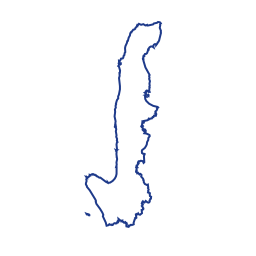 Puglia, Bari, Italy, rotated 245°
{"feature_id": "23120603B69806914684511", "entity_name": "Puglia", "entity_type": "district", "adm_level": 2, "iso_a3": "ITA", "parent_name": "Italy", "parent_adm1": "Bari", "projection": "natural_earth1", "projection_center": [17.16, 41.008], "detail": "fine", "context": "isolated", "style": "outline", "palette": "blue", "viewbox_px": 256, "rotation_deg": 245, "n_neighbors": 0, "source": "geoboundaries", "source_scale": "gbopen_adm2", "svg_char_len": 5816}
<svg xmlns="http://www.w3.org/2000/svg" viewBox="0 0 256 256"><g transform="rotate(245 128 128)"><path d="M39.7,93.0L42.6,95.7L43.0,97.2L43.5,96.9L43.7,97.8L46.4,98.6L46.5,99.2L46.0,99.4L45.7,100.0L46.3,101.1L45.3,101.2L44.3,102.2L44.9,104.7L47.9,105.7L47.7,106.6L48.3,107.2L48.1,107.6L48.7,108.0L51.3,107.6L51.3,108.1L52.1,108.3L52.3,109.0L53.8,108.6L55.1,110.0L55.3,110.5L53.6,110.9L53.5,111.5L54.4,113.2L52.4,114.2L51.7,115.1L51.7,115.9L52.3,116.7L53.2,116.9L54.0,118.3L54.4,118.4L54.4,119.0L55.9,119.9L57.0,119.1L58.8,119.7L59.6,120.3L61.1,118.9L61.9,119.7L62.5,119.6L63.5,120.7L65.2,120.7L65.5,121.2L68.3,122.1L68.3,121.1L70.2,119.6L72.2,119.4L73.6,120.0L74.5,119.8L74.8,120.2L75.8,120.2L78.4,119.4L79.7,120.4L81.2,119.9L81.5,119.2L81.2,118.7L82.7,118.2L82.9,117.5L83.4,117.9L83.8,117.2L84.5,117.4L84.8,116.8L85.2,116.9L85.9,117.9L86.3,117.7L87.3,118.7L89.0,118.7L89.3,119.4L89.0,119.8L90.1,119.7L90.4,120.0L90.2,120.5L91.2,122.3L91.6,121.9L92.5,122.4L93.3,123.4L93.3,123.9L92.7,124.1L92.9,125.8L92.6,126.2L91.7,127.4L89.8,127.4L90.1,128.3L95.9,130.6L97.3,132.1L98.0,131.5L98.2,130.8L99.4,130.1L101.3,130.8L102.0,131.4L102.8,134.8L104.1,136.8L105.2,138.1L107.1,139.3L108.7,141.4L110.3,142.2L111.5,144.3L112.6,144.5L113.6,143.7L115.3,142.2L116.3,140.6L116.9,141.5L117.4,141.6L117.2,142.4L118.2,143.0L118.5,142.9L118.0,142.5L118.3,142.0L117.9,141.7L118.1,141.3L119.0,140.9L119.5,142.0L119.8,141.8L119.9,142.2L120.2,141.9L119.7,140.8L120.3,140.5L121.0,141.2L122.9,141.2L123.3,141.3L123.2,141.8L124.0,141.8L123.9,142.3L124.4,142.2L124.5,141.5L125.0,142.1L127.6,143.7L126.7,144.2L126.5,143.8L126.1,144.4L126.9,145.3L127.7,145.3L126.8,148.8L126.9,149.8L127.7,150.7L126.9,151.3L127.2,151.8L126.6,153.7L127.5,154.9L127.1,155.6L128.1,156.6L127.3,158.4L128.5,159.4L129.0,159.0L129.0,159.5L130.4,159.7L130.5,159.4L131.4,159.8L131.8,161.3L133.1,162.8L133.6,162.7L133.8,163.4L134.1,163.0L134.7,163.6L137.4,160.2L141.1,157.4L144.8,156.0L147.0,155.9L148.7,156.5L148.6,157.5L149.5,156.7L149.1,157.3L149.7,157.1L150.2,157.8L150.4,157.6L150.3,158.5L151.0,158.4L151.0,158.6L151.1,158.9L151.0,158.6L151.3,158.7L151.3,158.4L152.2,158.8L152.2,158.5L152.7,158.3L152.6,158.7L153.7,159.5L154.0,160.4L153.7,160.5L154.1,160.8L153.8,160.7L153.7,161.3L153.0,161.9L151.8,162.1L151.6,162.9L152.6,162.9L155.2,164.3L155.4,164.7L156.3,164.7L157.0,165.5L159.2,166.2L161.2,167.7L163.6,167.9L164.4,168.7L166.2,169.1L166.9,170.0L175.5,169.4L182.3,170.4L183.6,171.0L183.9,170.6L184.6,170.8L185.0,171.5L185.8,171.7L186.1,172.6L186.4,172.3L187.0,172.7L187.0,173.5L186.4,172.8L187.9,174.6L187.5,176.0L187.9,177.0L189.6,178.6L189.8,179.3L190.4,179.3L190.6,179.9L191.0,179.8L192.1,181.8L192.2,183.3L191.7,184.4L190.3,185.2L191.5,185.4L192.5,186.6L192.7,187.6L192.4,188.4L192.0,188.9L191.3,188.6L192.3,190.5L193.0,191.0L193.2,191.9L194.1,193.1L200.3,198.1L200.9,198.1L202.1,198.9L205.3,199.1L207.6,200.7L208.2,200.8L209.1,201.9L209.9,201.4L209.7,201.7L210.3,201.6L211.4,200.0L211.1,198.7L211.8,195.6L211.3,194.5L212.5,189.2L213.0,188.5L213.4,188.7L213.6,187.1L215.6,185.8L216.0,183.5L217.8,181.9L217.1,180.7L217.6,180.1L217.0,179.4L216.2,179.3L216.3,178.8L215.4,176.8L214.9,176.5L214.6,175.5L214.9,174.3L213.8,172.3L213.8,171.7L213.2,171.4L213.3,170.8L212.9,170.1L211.0,168.8L209.7,166.9L207.5,165.1L206.9,164.5L207.0,164.0L205.6,163.0L203.3,160.3L201.7,159.1L197.9,157.6L197.4,156.7L195.6,155.5L195.4,154.7L193.7,153.4L193.3,152.6L193.8,151.0L192.3,149.2L192.3,148.5L192.7,148.2L191.5,147.7L190.6,147.7L191.0,147.9L190.7,148.1L190.2,147.6L190.1,148.0L189.2,148.0L189.2,148.5L188.8,148.2L187.9,148.3L189.1,148.0L189.6,146.9L189.9,146.9L189.9,147.4L190.1,146.9L191.4,146.9L189.2,146.8L188.3,145.4L187.8,145.8L183.4,145.1L181.4,143.9L181.5,143.5L178.7,142.4L177.1,141.0L169.4,138.4L166.4,137.0L162.0,133.8L160.8,132.4L158.9,131.6L158.2,130.1L156.4,128.3L156.7,128.3L156.1,128.2L155.0,127.2L154.6,127.3L153.2,126.0L151.7,125.6L150.4,124.0L148.1,123.2L146.5,122.2L146.5,121.7L146.4,122.1L144.1,120.7L139.3,119.6L137.8,118.6L135.3,117.9L135.0,117.7L135.3,117.7L134.9,117.5L135.0,116.9L134.8,116.6L133.8,116.3L134.9,116.9L134.4,117.0L134.8,117.2L134.7,117.5L134.1,117.6L133.6,117.1L134.0,116.7L133.0,117.1L131.8,116.8L130.2,115.6L126.2,114.5L125.0,113.6L122.7,113.5L120.9,112.3L121.2,112.7L120.5,112.6L120.9,112.2L120.3,112.4L117.9,110.6L113.8,109.2L112.5,107.9L112.4,108.2L112.3,107.9L112.6,107.7L111.4,107.7L109.3,106.5L106.6,105.6L106.1,105.3L106.2,105.0L106.1,104.7L106.1,105.4L105.6,105.2L105.9,104.7L105.4,105.3L104.4,105.0L101.7,103.0L99.4,102.2L98.1,101.1L98.1,101.4L97.7,101.3L91.2,98.2L89.2,96.6L87.7,94.6L86.5,91.7L86.1,88.8L86.6,86.8L87.5,86.6L87.1,86.4L87.6,86.1L87.7,86.6L87.7,85.9L88.6,85.2L94.7,82.0L95.1,81.0L97.3,79.7L97.5,79.2L98.7,79.0L98.9,78.5L99.7,78.2L99.8,77.5L100.8,77.1L101.1,76.5L100.9,76.0L101.3,75.8L101.2,74.0L101.5,73.7L100.9,73.6L101.1,73.0L100.7,72.9L100.3,71.6L100.3,70.4L100.8,70.1L100.1,69.9L100.5,69.6L99.7,69.7L99.2,68.5L97.5,68.1L95.7,66.5L94.6,66.0L92.8,66.2L92.1,65.9L87.7,67.0L76.9,68.2L75.3,68.1L74.9,67.6L72.6,67.3L66.6,68.5L62.1,69.0L59.7,68.9L58.6,67.9L51.8,67.9L48.5,67.3L48.2,69.1L48.7,70.4L47.8,70.9L47.6,72.0L46.8,72.4L46.6,73.2L47.3,74.3L47.4,75.3L47.3,76.0L46.6,76.5L46.4,77.4L47.4,78.6L46.7,78.6L46.6,79.0L47.6,80.4L49.6,81.0L47.4,82.0L46.8,82.5L46.6,83.4L46.0,82.8L45.8,83.2L46.0,83.4L45.0,83.8L44.9,84.3L44.0,84.3L43.6,85.1L43.7,85.6L43.0,85.5L42.7,86.5L41.9,86.5L41.6,86.1L41.0,86.1L40.9,85.5L39.5,85.0L38.2,86.7L39.1,87.4L38.7,87.8L39.0,88.4L38.7,89.3L39.0,89.6L38.3,91.1L38.3,92.5L39.7,93.0ZM123.1,140.9L123.6,141.1L123.0,141.1L123.1,140.9ZM66.3,55.1L65.4,55.7L65.5,56.2L66.2,56.0L66.5,55.3L66.3,55.1ZM149.7,160.4L149.4,159.8L148.5,160.2L149.1,160.6L149.7,160.4ZM67.8,54.1L67.2,54.1L67.1,54.7L67.8,54.1ZM66.9,55.3L67.5,54.7L66.7,55.3L66.9,55.3Z" fill="none" stroke="#1e3a8a" stroke-width="2"/></g></svg>